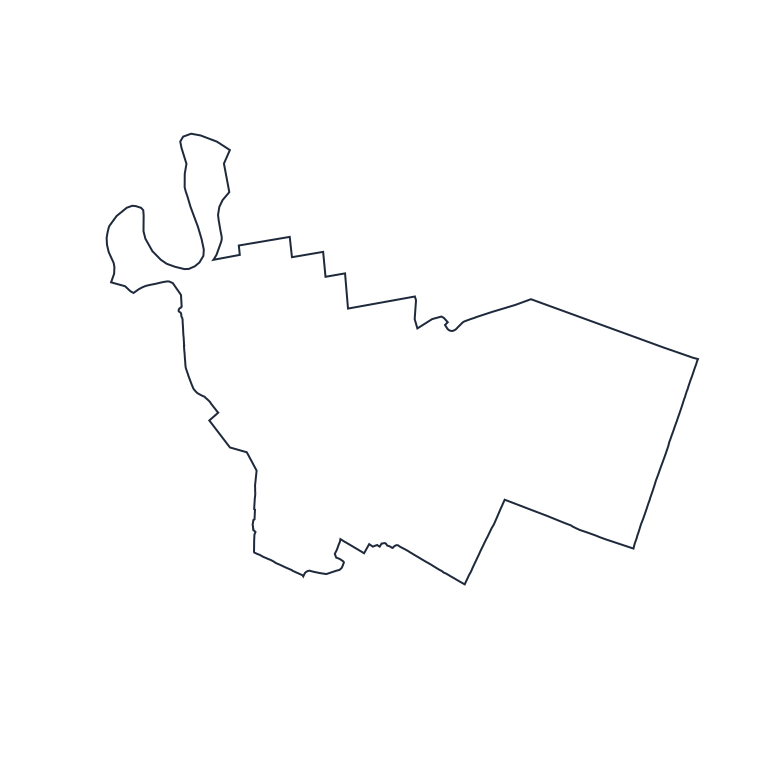 Piscu, Galati, Romania, rotated 102°
{"feature_id": "2599482B99820264083382", "entity_name": "Piscu", "entity_type": "district", "adm_level": 2, "iso_a3": "ROU", "parent_name": "Romania", "parent_adm1": "Galati", "projection": "robinson", "projection_center": [27.723, 45.527], "detail": "fine", "context": "isolated", "style": "outline", "palette": "slate", "viewbox_px": 768, "rotation_deg": 102, "n_neighbors": 0, "source": "geoboundaries", "source_scale": "gbopen_adm2", "svg_char_len": 6098}
<svg xmlns="http://www.w3.org/2000/svg" viewBox="0 0 768 768"><g transform="rotate(102 384 384)"><path d="M589.0,423.0L585.4,422.1L583.9,421.0L583.1,420.1L582.6,419.3L582.1,418.1L582.3,413.9L582.3,407.8L581.9,400.9L578.3,394.8L576.4,391.5L575.1,388.9L574.8,388.7L573.0,387.3L571.9,386.9L570.9,386.8L570.0,386.5L568.5,386.4L567.1,386.1L566.2,386.6L565.6,387.7L564.3,391.1L563.7,394.7L560.4,396.8L556.6,395.8L555.0,395.5L551.3,395.0L550.4,394.9L549.0,394.6L548.0,394.4L546.8,394.3L546.1,394.3L545.3,394.4L544.8,394.4L545.7,391.8L546.5,389.8L546.7,388.9L549.9,379.4L550.6,377.3L552.2,372.6L552.7,371.1L553.2,369.7L553.6,368.6L553.7,368.3L552.1,367.8L543.7,365.2L544.7,362.8L545.4,361.1L545.1,360.6L544.6,359.9L544.2,359.3L543.8,358.8L543.6,358.3L543.3,357.8L542.9,357.2L543.2,356.6L543.6,355.5L544.0,354.4L540.6,353.2L540.6,352.9L540.5,352.6L540.2,352.1L539.9,351.4L539.6,350.6L539.5,350.2L539.5,349.8L539.6,349.3L539.7,349.1L539.8,348.9L540.0,348.8L540.4,348.2L540.9,347.7L541.2,347.4L541.3,347.3L541.4,346.8L541.5,346.2L541.5,345.8L541.5,345.1L541.8,344.1L542.0,343.5L542.5,342.2L542.6,341.7L542.4,341.3L541.9,341.1L541.3,340.7L540.8,340.3L540.3,339.9L539.6,339.2L539.0,338.1L538.9,337.5L538.9,336.8L539.1,336.1L539.5,335.4L539.9,334.2L540.1,333.6L540.7,331.4L541.4,328.8L542.3,325.9L543.3,323.3L543.9,321.4L544.7,319.3L546.8,312.9L547.0,312.4L547.7,310.4L547.8,310.0L548.9,306.8L549.0,306.5L549.5,304.9L549.8,303.8L550.3,302.4L550.5,301.6L551.1,299.9L551.8,298.0L554.1,291.6L554.8,289.1L555.2,287.9L556.0,286.6L556.3,285.0L556.4,284.3L556.6,283.7L557.5,280.9L557.6,280.6L558.1,279.3L559.0,276.4L561.6,268.6L562.1,266.9L562.8,264.7L563.2,263.4L562.8,263.3L561.4,263.0L559.2,262.5L555.9,261.7L553.2,261.1L551.0,260.4L549.0,259.8L546.3,259.3L544.9,259.0L540.6,258.0L538.2,257.4L535.5,256.8L532.7,256.1L531.0,255.7L527.2,254.9L525.2,254.4L522.9,253.8L521.8,253.5L521.3,253.4L520.1,253.1L518.7,252.8L514.4,251.7L511.6,250.9L509.1,250.3L504.5,249.2L502.2,248.6L499.4,247.6L497.9,247.2L492.1,246.0L481.4,243.9L479.3,243.4L472.1,241.9L479.2,196.6L482.3,179.2L483.5,171.4L483.8,170.9L484.2,169.9L484.4,169.1L485.2,166.0L486.1,162.0L486.7,156.6L487.2,152.6L488.1,146.0L489.1,140.3L489.9,134.5L490.2,131.7L493.1,105.8L491.4,105.7L489.9,105.7L487.2,105.5L484.6,105.1L482.1,104.8L479.8,104.7L475.1,104.1L470.4,103.7L467.4,103.4L462.1,102.5L455.0,101.6L450.8,101.1L446.1,100.6L441.8,100.0L439.9,99.9L435.2,99.3L431.9,98.9L427.3,98.4L423.7,98.1L422.3,98.0L415.1,96.9L410.9,96.4L406.6,95.8L402.5,95.2L398.3,94.6L393.9,94.0L389.6,93.5L385.4,93.0L381.7,92.9L378.3,92.4L373.6,91.8L369.4,91.2L365.1,90.7L360.3,90.0L356.1,89.5L352.2,89.0L348.0,88.5L343.8,88.0L339.5,87.6L335.9,87.2L334.1,86.9L331.3,86.7L329.8,86.5L328.2,86.4L327.0,86.1L324.3,85.8L323.6,85.8L319.2,85.3L317.8,85.1L317.2,85.1L312.9,84.4L308.5,83.9L304.2,83.4L300.0,82.8L295.8,82.4L295.0,82.2L294.3,82.1L294.1,87.1L290.2,118.1L287.0,140.7L270.5,257.9L279.3,271.9L291.1,293.4L299.0,307.0L300.6,309.5L302.6,312.9L305.6,317.7L306.7,319.2L308.1,320.3L309.8,321.4L311.7,322.6L313.4,323.8L314.1,324.1L315.0,324.7L315.7,325.2L316.5,326.0L317.3,327.1L317.8,327.8L318.0,328.7L318.1,330.1L317.9,331.5L317.0,333.2L313.6,336.6L310.3,334.5L306.9,339.2L306.1,341.9L310.5,350.4L322.7,362.9L314.1,367.5L296.0,370.0L294.3,370.6L292.8,371.7L292.0,372.0L317.7,434.9L283.9,445.1L291.3,463.5L267.4,471.0L279.1,500.4L259.7,506.8L278.7,554.8L287.7,551.9L298.0,576.7L296.6,576.1L292.8,574.8L291.1,574.5L279.3,572.9L278.4,572.8L276.5,572.8L275.2,573.0L273.4,573.5L268.1,575.8L257.8,579.9L253.1,581.5L244.9,581.9L237.6,580.1L228.5,575.2L201.7,586.4L187.2,583.4L181.7,597.8L179.0,615.2L179.3,624.7L183.8,631.9L189.2,633.7L195.1,631.2L203.3,626.6L209.7,623.0L219.8,622.6L233.0,619.9L237.2,617.8L241.0,615.5L251.1,610.0L268.9,598.7L280.3,592.5L290.0,588.2L296.2,587.3L303.5,589.8L308.2,593.5L312.0,598.8L313.1,603.1L312.8,612.8L311.6,621.5L308.9,628.1L302.2,638.2L291.5,647.6L284.6,651.0L269.3,654.1L264.1,655.6L262.2,658.2L261.6,663.6L262.0,667.3L265.1,672.3L275.3,680.5L286.5,685.5L288.4,685.8L293.1,685.9L298.7,685.7L305.4,683.9L312.2,680.7L321.8,673.6L325.7,672.0L332.3,670.9L341.3,672.1L342.2,657.6L346.0,651.3L347.0,647.9L342.2,643.5L339.6,640.4L337.5,637.3L335.6,633.2L333.6,628.5L330.9,622.8L329.4,619.3L328.6,616.9L328.4,615.4L329.2,611.6L338.6,601.6L339.3,601.0L341.3,600.5L346.0,599.2L347.9,598.7L349.9,598.1L350.5,598.0L351.2,598.6L351.6,598.9L351.8,598.8L352.1,599.2L352.5,599.6L352.8,599.9L353.2,600.0L353.9,600.2L354.4,600.3L354.7,600.2L355.1,600.1L355.4,600.0L355.5,599.9L355.7,599.6L356.0,599.1L356.3,598.3L356.5,597.8L356.9,597.4L357.4,597.1L358.0,596.8L358.9,596.6L359.8,596.3L360.2,596.1L360.5,595.8L361.2,595.3L361.7,594.9L362.9,594.4L363.8,594.2L365.8,593.7L366.8,593.4L368.6,592.9L370.0,592.5L371.8,592.0L375.0,591.2L378.2,590.3L381.2,589.3L381.9,589.2L384.6,588.4L386.3,588.0L387.1,587.7L388.1,587.4L388.2,587.6L389.7,587.2L392.8,586.3L396.3,585.2L399.9,584.2L403.5,583.1L407.1,582.1L408.5,581.6L409.3,581.3L410.6,580.6L413.9,578.6L417.3,576.6L420.6,574.5L423.9,572.4L427.1,570.2L427.9,569.7L428.6,569.0L429.1,568.4L430.2,567.0L431.2,565.5L431.7,564.6L432.0,563.8L432.4,562.5L432.8,561.1L433.2,559.7L433.5,558.3L433.8,556.8L434.6,555.7L435.7,553.7L436.6,552.2L437.5,550.8L438.6,549.6L439.1,549.2L442.6,545.0L443.5,543.9L444.9,542.3L446.5,540.2L456.0,547.3L478.1,521.5L479.3,504.0L495.2,490.6L510.4,489.0L512.5,488.4L514.2,488.1L517.6,487.2L518.6,487.0L521.1,486.7L522.0,486.7L532.1,485.2L533.5,484.9L533.7,484.1L543.3,482.5L543.6,482.7L544.0,483.4L544.6,483.5L545.5,483.4L547.5,483.3L549.1,483.2L550.7,482.5L551.3,482.3L551.8,482.3L552.0,482.2L552.3,482.0L552.7,481.7L553.0,481.7L553.4,481.7L553.7,481.7L554.2,481.4L554.4,481.1L554.4,480.8L554.5,480.4L554.8,479.9L555.5,478.9L556.6,479.1L557.1,479.3L558.4,479.4L562.0,478.8L564.4,478.4L572.8,476.7L574.2,476.5L575.1,476.3L575.8,475.9L576.7,472.1L576.8,470.9L577.3,468.9L578.1,466.5L578.3,465.7L578.8,462.8L579.3,460.8L579.5,459.2L579.6,458.5L580.6,455.0L581.2,453.6L581.7,452.2L582.4,448.4L583.9,442.1L585.2,435.5L585.7,434.6L588.0,424.0L589.0,423.0Z" fill="none" stroke="#1e293b" stroke-width="2"/></g></svg>